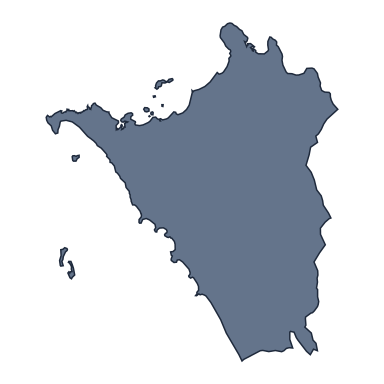 the district of Nias Utara, Sumatera Utara, Indonesia
{"feature_id": "22746128B50601239773602", "entity_name": "Nias Utara", "entity_type": "district", "adm_level": 2, "iso_a3": "IDN", "parent_name": "Indonesia", "parent_adm1": "Sumatera Utara", "projection": "natural_earth1", "projection_center": [97.265, 1.31], "detail": "fine", "context": "isolated", "style": "filled", "palette": "slate", "viewbox_px": 384, "rotation_deg": 0, "n_neighbors": 0, "source": "geoboundaries", "source_scale": "gbopen_adm2", "svg_char_len": 5904}
<svg xmlns="http://www.w3.org/2000/svg" viewBox="0 0 384 384"><path d="M337.8,109.3L333.1,104.0L331.3,100.3L330.4,97.0L330.3,93.8L329.1,92.4L324.7,92.1L321.7,90.5L320.1,86.0L320.5,82.9L318.1,77.0L317.4,73.4L314.0,68.8L312.0,68.1L306.8,68.4L303.9,73.3L298.7,75.0L296.0,75.1L291.9,73.7L287.6,73.5L286.1,71.9L282.9,65.1L282.0,60.2L282.5,56.5L282.0,54.0L278.2,46.6L276.5,45.2L276.7,42.0L275.4,40.3L272.7,38.9L271.2,37.3L269.8,37.0L267.9,41.4L267.8,45.0L268.5,49.7L268.0,50.9L264.3,53.9L258.3,53.8L255.8,52.2L255.7,50.5L254.0,49.2L253.1,49.8L253.3,51.0L252.4,50.7L252.2,49.3L252.6,48.5L251.4,48.7L250.5,47.5L253.3,46.1L253.9,47.3L254.5,46.8L250.6,43.6L247.7,43.7L248.0,44.9L247.2,45.3L246.7,46.6L244.6,41.5L246.0,42.1L247.1,40.9L247.8,38.2L247.4,37.3L243.8,34.5L241.9,30.7L239.6,29.5L236.6,26.5L234.2,25.4L231.9,23.4L229.9,23.0L227.5,23.7L224.8,26.3L222.6,27.1L221.0,29.8L220.1,35.8L220.4,37.6L224.3,42.8L225.7,46.0L228.7,49.1L230.2,49.8L230.7,50.9L230.7,51.8L229.7,53.4L230.8,55.3L230.7,56.3L228.9,58.3L229.1,61.1L227.1,66.6L223.5,72.0L222.0,73.2L219.1,74.2L217.2,72.5L210.2,81.9L204.9,86.5L198.8,89.5L193.9,90.8L193.2,91.7L192.1,90.6L192.3,92.4L189.2,105.2L186.6,109.4L182.8,112.9L177.9,114.7L176.2,113.8L175.7,112.3L173.8,111.9L168.3,117.9L166.6,118.9L162.6,119.9L160.6,118.7L159.9,118.9L159.8,119.9L160.3,120.9L159.8,120.8L159.4,119.5L157.4,118.9L155.7,117.1L152.9,117.4L150.0,121.2L148.3,122.5L143.1,124.9L139.6,125.6L135.5,125.0L134.8,123.8L135.5,122.3L135.3,121.6L130.7,119.2L130.9,116.6L132.7,115.2L132.5,113.6L131.2,112.8L128.0,113.3L125.2,114.9L124.1,117.2L121.4,118.9L120.8,120.0L120.8,120.7L122.0,122.0L123.1,122.1L124.8,121.1L127.8,121.9L126.9,122.5L125.7,122.3L125.2,123.3L124.6,123.3L125.0,127.0L124.1,126.8L123.5,128.6L121.7,129.5L122.1,128.2L121.6,127.0L122.1,126.3L121.6,126.0L122.2,125.2L121.4,124.6L120.9,125.6L121.2,126.1L120.1,127.7L117.9,129.6L117.0,129.7L117.5,128.7L117.1,128.4L116.3,129.4L116.1,125.5L118.5,122.8L118.4,121.0L111.7,117.7L108.9,113.1L109.0,112.1L106.6,111.8L103.1,110.3L100.8,107.7L96.3,105.1L95.0,103.1L93.3,103.6L92.9,104.6L91.6,105.6L91.3,107.8L90.6,108.1L90.7,109.4L89.7,109.0L89.8,108.2L88.7,107.0L87.9,106.9L87.7,105.6L87.2,106.5L87.6,109.0L87.2,109.5L85.9,109.7L84.0,111.0L83.7,110.7L82.4,112.0L81.0,112.2L80.7,113.1L79.5,112.6L78.4,113.3L78.4,112.9L77.5,113.1L76.5,112.2L76.0,112.7L74.2,110.7L73.5,111.3L72.7,110.7L68.9,110.8L68.5,110.4L68.8,109.5L67.0,109.2L67.0,110.7L65.8,111.5L65.8,112.0L64.4,112.0L62.6,113.2L61.4,112.9L61.1,111.9L61.8,111.0L60.8,110.6L55.0,113.5L51.2,116.8L50.7,116.4L49.7,117.0L47.5,115.4L46.2,117.3L46.7,120.2L48.0,122.9L51.2,125.8L52.6,130.3L55.4,133.8L57.8,133.0L58.0,129.7L59.4,126.3L60.2,122.1L60.9,121.1L66.1,120.3L72.3,121.9L79.5,127.2L87.6,136.3L93.6,140.8L96.1,143.3L97.3,145.6L101.2,148.1L106.4,153.9L107.0,155.0L106.6,156.3L109.9,159.7L110.1,162.4L111.6,162.7L114.3,165.9L115.8,172.0L117.4,173.1L119.7,176.1L120.5,178.4L125.2,182.8L126.1,187.5L129.3,191.4L129.4,193.5L130.1,194.7L130.1,197.1L131.2,199.9L131.1,201.0L132.6,204.9L134.6,204.9L136.4,206.3L140.1,211.2L141.1,214.0L141.5,214.0L142.0,214.0L141.1,214.1L141.5,215.1L141.2,217.0L139.1,219.5L139.0,222.3L139.5,223.1L141.1,223.1L142.7,219.5L146.2,218.5L149.5,219.9L155.0,224.3L155.7,227.7L154.4,229.9L155.4,231.8L156.7,232.0L157.2,229.9L159.5,228.1L163.4,227.8L166.4,229.6L167.1,231.2L166.9,232.3L166.6,233.0L165.5,233.3L164.6,234.7L164.8,235.7L167.2,237.2L168.4,237.5L169.9,236.8L170.9,238.1L171.8,238.2L174.4,241.5L175.1,244.3L175.2,249.6L173.1,251.5L170.6,251.9L171.3,255.2L172.3,256.0L171.1,259.2L171.3,260.5L174.0,262.5L176.5,262.2L177.2,260.1L179.4,259.7L182.7,262.0L189.0,269.2L190.1,272.5L190.0,274.2L188.7,275.9L188.9,276.8L190.6,278.1L192.5,277.2L193.6,277.8L197.3,283.5L198.5,286.4L198.6,290.2L196.9,292.3L197.0,293.8L195.6,295.6L196.6,295.7L198.8,293.9L200.1,294.8L202.1,294.2L204.5,295.1L206.0,296.0L210.9,302.5L220.7,319.7L226.3,333.1L238.9,354.6L242.0,361.0L243.9,359.3L260.3,350.7L262.8,350.4L268.8,351.6L275.4,350.5L281.7,351.7L283.9,350.7L286.4,348.4L289.2,347.7L292.7,348.0L289.8,339.4L289.8,332.1L290.5,331.4L294.1,332.2L296.3,337.6L298.0,340.2L306.5,351.3L310.3,354.7L313.5,349.2L317.4,350.7L316.0,343.3L313.0,340.1L311.3,333.0L304.8,327.1L305.9,325.2L305.4,318.5L305.6,317.0L310.9,313.1L312.5,312.7L314.4,310.8L317.5,306.5L318.2,304.5L318.7,301.5L317.6,296.9L317.6,289.6L316.5,288.1L317.5,282.1L317.1,278.2L317.9,275.1L317.7,270.7L314.0,262.0L319.5,252.9L325.3,244.8L320.5,234.4L320.4,228.2L325.1,222.2L329.1,218.7L330.9,218.0L328.5,213.1L323.3,205.2L322.6,200.5L321.2,195.8L316.7,189.9L314.3,180.0L311.2,172.3L306.0,165.3L309.1,154.9L310.6,147.2L317.5,142.4L315.8,136.1L318.4,133.9L321.3,129.4L323.7,124.0L327.0,119.1L337.8,109.3ZM66.9,248.5L64.7,247.7L62.9,249.3L60.8,249.7L61.1,255.6L59.6,260.5L60.3,265.5L60.8,266.1L63.2,265.7L61.9,261.4L62.9,259.5L63.3,256.6L65.5,251.9L67.1,250.5L67.4,249.3L66.9,248.5ZM172.2,78.6L169.0,79.3L167.3,81.5L165.5,81.5L164.6,80.5L162.8,79.9L160.3,80.9L158.4,80.9L156.5,83.0L155.6,85.6L155.7,87.2L155.0,87.8L156.9,89.2L158.3,88.1L158.6,86.8L160.4,86.6L161.3,85.9L162.0,82.8L165.0,83.0L167.6,81.9L169.2,82.5L172.8,80.3L172.9,79.3L172.2,78.6ZM70.9,261.4L68.8,261.4L68.4,262.4L69.5,263.0L71.1,265.7L71.5,267.3L71.3,269.1L72.0,271.6L70.4,271.8L69.8,273.0L68.9,271.8L67.9,273.0L70.0,277.8L71.5,278.8L72.3,277.3L74.7,275.0L73.4,268.1L72.2,264.5L70.9,261.4ZM79.1,157.4L79.1,155.3L77.1,155.7L76.2,156.4L74.6,155.7L72.8,155.8L72.2,156.7L72.7,160.3L73.4,161.1L76.0,161.1L77.2,158.7L79.1,157.4ZM147.4,107.8L144.7,107.6L143.7,109.2L145.0,111.5L146.8,111.9L149.0,111.1L149.0,109.0L147.4,107.8ZM151.3,114.7L152.9,114.8L153.1,113.3L153.1,112.4L152.4,111.9L151.0,112.4L150.8,113.6L151.3,114.7ZM153.6,97.3L155.4,96.8L155.1,95.8L153.3,96.1L153.6,97.3ZM162.9,106.5L163.1,104.7L161.9,104.7L162.0,106.3L162.9,106.5ZM149.3,115.8L148.9,116.3L149.3,116.7L149.9,116.3L149.3,115.8Z" fill="#64748b" stroke="#1e293b" stroke-width="1.5"/></svg>